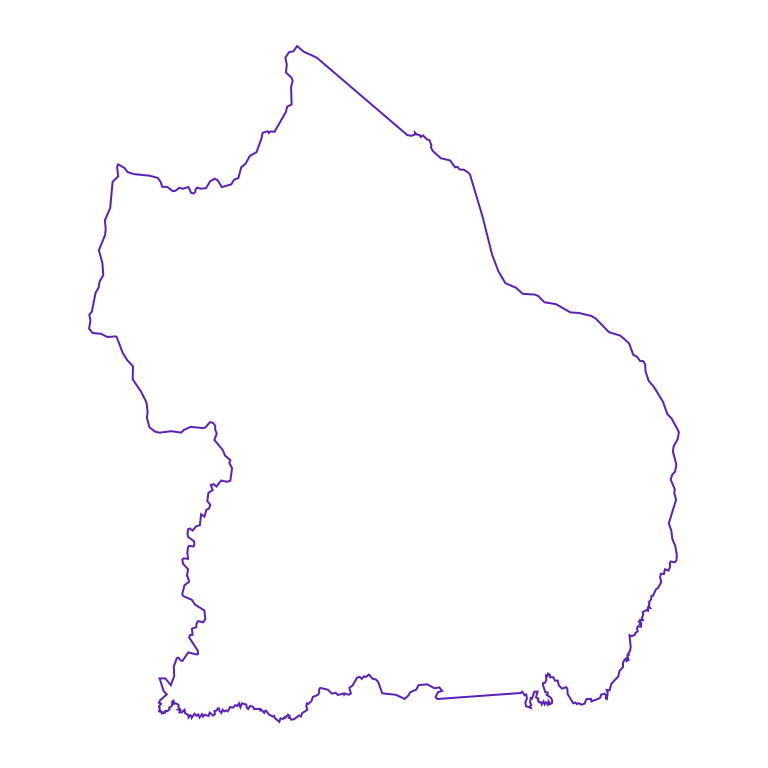 outline of Snuol, Krâchéh, Cambodia
{"feature_id": "14789045B73173825322549", "entity_name": "Snuol", "entity_type": "district", "adm_level": 2, "iso_a3": "KHM", "parent_name": "Cambodia", "parent_adm1": "Krâchéh", "projection": "equal_earth", "projection_center": [106.435, 12.231], "detail": "fine", "context": "isolated", "style": "outline", "palette": "violet", "viewbox_px": 768, "rotation_deg": 0, "n_neighbors": 0, "source": "geoboundaries", "source_scale": "gbopen_adm2", "svg_char_len": 6107}
<svg xmlns="http://www.w3.org/2000/svg" viewBox="0 0 768 768"><path d="M158.9,702.7L161.0,703.8L158.9,706.5L159.7,707.9L159.1,711.4L160.0,711.6L160.1,710.5L161.8,711.9L161.8,713.4L163.5,713.3L164.2,711.8L165.2,712.5L165.7,710.9L167.4,711.1L169.7,709.2L169.1,707.8L171.9,705.8L172.3,701.4L173.5,700.7L174.1,703.9L175.8,703.3L178.5,704.8L178.5,707.2L180.1,709.4L178.2,709.7L180.3,710.9L179.5,712.4L182.0,712.3L184.5,709.8L185.1,713.2L188.4,715.1L188.6,717.3L190.2,715.3L191.4,715.9L191.7,717.8L194.6,713.7L196.6,715.8L198.3,714.5L199.6,717.5L201.9,714.2L203.0,716.6L204.6,714.7L208.5,716.0L209.7,712.6L213.1,715.6L214.9,714.3L214.5,711.0L216.5,710.5L217.8,708.4L218.8,708.3L219.4,710.9L221.3,713.0L222.6,709.7L224.2,711.4L226.1,710.4L227.7,711.4L230.2,707.0L233.0,707.6L235.4,705.1L237.4,706.1L239.0,703.4L240.4,707.3L241.9,703.3L246.3,704.6L246.8,707.8L248.1,709.0L250.2,705.9L253.3,707.0L254.0,709.1L259.9,708.8L260.3,710.4L261.3,709.7L264.2,712.9L265.4,710.7L266.2,710.9L269.1,714.7L273.2,716.6L274.2,715.9L274.9,718.1L279.3,721.9L280.5,718.4L282.9,719.0L284.9,716.9L285.3,717.8L288.0,714.6L289.7,716.0L288.8,717.8L290.3,718.0L291.1,719.7L294.1,719.2L299.2,715.4L300.9,716.5L302.2,713.1L307.4,709.7L306.3,706.6L306.9,703.3L308.4,703.9L311.5,701.0L312.9,696.9L318.1,694.8L319.3,692.4L319.0,689.8L320.3,687.9L327.9,689.7L332.0,693.7L335.7,692.8L338.0,695.0L343.8,693.4L344.2,694.7L345.1,693.6L349.0,694.7L350.9,693.4L349.3,687.9L352.7,685.3L357.1,677.6L359.5,676.9L361.8,678.9L364.1,676.3L365.7,677.0L369.0,674.6L372.5,678.7L376.1,679.6L378.2,682.0L382.2,693.3L396.0,694.8L404.5,698.9L408.4,695.5L410.1,692.3L416.2,689.6L418.6,685.1L427.2,684.3L434.6,688.3L439.3,687.4L442.2,690.9L438.0,692.1L435.6,696.9L437.4,699.0L520.7,693.0L522.2,691.7L524.6,695.2L526.3,694.5L526.9,698.5L525.3,702.5L526.1,706.2L530.8,707.9L530.1,706.2L531.3,704.8L530.1,702.5L530.7,698.0L532.0,698.6L534.3,691.8L537.6,691.6L536.0,697.4L538.5,698.8L537.9,700.6L539.2,702.4L540.8,702.1L541.7,704.5L543.5,701.4L544.7,704.4L545.8,702.3L546.9,702.5L547.7,705.0L548.9,704.3L548.8,701.7L550.3,704.1L552.1,702.9L552.1,700.2L551.1,698.0L546.7,694.8L547.7,694.0L547.6,692.4L545.3,692.2L543.0,685.1L543.0,683.2L544.9,682.8L546.3,680.2L546.0,675.4L547.5,676.1L548.1,673.6L550.0,675.0L550.2,677.2L553.4,677.3L554.9,680.7L557.8,680.6L558.9,685.6L562.1,688.6L566.3,687.2L567.4,688.9L567.6,693.9L573.2,703.3L575.5,702.5L576.8,704.1L578.6,703.2L581.8,704.7L584.6,703.6L586.4,699.1L590.9,698.9L591.4,701.4L598.7,698.6L600.2,697.7L601.1,694.7L604.5,693.6L606.0,695.3L605.8,698.5L606.9,699.0L607.7,692.9L606.6,689.9L609.6,690.4L611.2,684.0L618.3,676.3L619.5,671.0L623.0,667.0L623.0,662.7L624.5,659.8L626.4,658.2L626.6,661.1L628.5,659.9L627.4,655.6L627.7,654.4L628.8,654.7L628.7,652.6L629.9,651.4L630.7,647.1L629.5,635.2L631.7,636.2L634.8,634.8L635.4,632.8L637.7,631.4L637.0,627.9L638.2,626.2L641.0,626.7L641.2,623.9L639.9,624.0L640.7,622.2L638.9,621.6L640.1,619.9L642.9,620.2L641.8,617.8L643.2,615.1L642.8,612.1L646.6,610.0L648.0,610.7L647.9,607.6L650.1,607.9L648.7,605.8L649.5,603.5L648.9,602.2L651.3,599.0L651.4,596.0L653.1,595.6L655.9,589.4L657.8,588.2L661.3,582.0L660.1,577.6L660.8,573.7L663.8,574.1L665.0,569.3L668.5,570.6L670.2,566.3L669.8,563.1L670.9,561.5L674.8,562.3L676.5,560.3L676.8,554.9L675.3,546.0L672.3,538.8L671.4,531.0L668.8,523.3L676.1,499.7L674.3,493.3L674.7,489.0L670.7,479.6L672.2,474.7L675.0,471.8L676.4,464.7L672.9,451.5L673.7,446.2L677.7,439.1L678.9,432.1L671.7,418.6L667.3,414.1L663.0,401.8L653.6,386.5L648.7,380.9L645.6,371.6L645.1,364.2L643.1,361.1L640.1,361.0L637.1,356.8L633.3,354.9L629.1,343.4L623.6,338.4L620.2,335.6L608.9,332.1L595.7,318.5L591.2,315.9L578.6,312.9L570.5,312.4L555.8,304.1L544.5,302.3L538.0,295.9L534.9,294.6L522.7,293.8L516.1,287.8L505.4,283.2L498.4,271.3L492.2,255.0L482.5,216.4L470.0,174.7L468.1,172.4L463.7,169.7L459.9,169.6L457.4,166.9L455.0,167.3L450.1,160.4L440.9,158.3L432.7,150.9L431.0,147.5L431.4,145.5L429.6,140.3L426.7,139.2L423.0,135.4L420.7,137.0L419.7,135.0L417.0,134.6L414.9,132.5L415.0,134.5L411.4,135.8L407.3,135.1L316.8,57.7L303.6,51.6L297.1,46.1L293.4,51.3L289.0,52.2L285.4,57.6L286.8,64.8L285.9,72.5L291.4,77.6L292.7,80.7L291.1,87.0L291.6,104.5L287.1,106.7L286.0,111.8L274.5,131.8L270.8,131.4L268.8,133.0L268.1,131.5L266.3,131.5L262.6,132.9L261.5,138.4L256.5,152.2L249.9,155.8L245.6,163.7L241.2,167.3L238.4,178.0L234.1,179.7L231.3,184.3L221.8,187.1L217.8,180.4L214.6,178.7L210.0,181.4L206.1,188.1L200.5,188.7L197.4,187.5L195.7,189.0L195.1,192.1L193.3,193.5L191.1,192.8L188.4,187.0L182.6,188.8L179.4,187.7L175.4,190.8L172.7,191.1L167.2,186.9L162.2,186.8L160.8,182.2L157.8,177.9L149.6,175.7L133.8,174.1L127.5,172.0L124.3,167.8L118.1,164.4L117.1,167.1L118.2,176.4L112.6,181.8L110.2,207.9L104.9,220.2L105.7,229.2L105.1,235.0L98.9,250.2L102.4,263.2L103.3,275.2L99.7,281.3L98.6,287.5L95.6,292.8L91.8,311.6L89.3,314.8L90.4,320.4L89.1,328.7L92.6,333.0L101.1,333.8L107.3,337.0L115.8,336.4L116.8,337.3L122.6,352.7L127.1,360.0L133.0,366.4L132.7,379.3L141.3,392.1L146.5,402.5L147.6,411.9L146.9,418.0L149.5,427.3L155.0,431.6L159.4,432.7L171.1,431.2L181.1,432.6L184.0,429.9L190.5,426.9L203.4,428.1L205.3,427.5L210.0,422.2L213.0,422.8L215.2,425.8L215.2,429.5L216.7,433.6L214.4,440.0L222.8,450.1L225.1,455.7L230.3,460.0L229.4,463.2L232.1,468.2L230.3,480.8L226.9,481.8L221.2,480.5L216.4,486.6L213.7,484.1L210.9,485.0L212.6,490.1L208.4,492.9L207.3,501.1L210.3,504.8L209.1,508.4L206.4,509.8L204.4,516.7L201.1,514.2L199.9,525.1L195.9,526.5L192.7,530.6L189.7,528.5L188.1,529.2L187.5,534.1L188.3,537.1L194.1,541.3L194.4,544.4L193.5,546.5L188.9,545.9L188.1,547.2L187.3,552.7L188.1,558.8L183.6,558.4L182.4,559.5L182.9,563.6L188.1,569.3L187.0,575.3L188.9,580.4L188.8,582.0L184.5,585.2L182.2,594.2L183.4,596.2L191.8,599.8L195.0,604.6L204.4,610.5L205.3,619.1L203.2,622.3L198.0,621.1L196.5,623.8L196.3,627.1L191.9,628.7L192.6,634.8L190.2,635.0L189.0,637.2L197.8,650.7L198.1,653.6L197.1,654.5L188.2,652.4L182.5,660.9L180.9,660.7L178.4,657.6L176.8,658.1L173.8,666.6L174.2,676.1L170.8,685.1L165.3,678.4L159.6,678.4L163.6,690.9L166.8,694.4L160.4,700.0L158.9,702.7Z" fill="none" stroke="#5b21b6" stroke-width="2"/></svg>